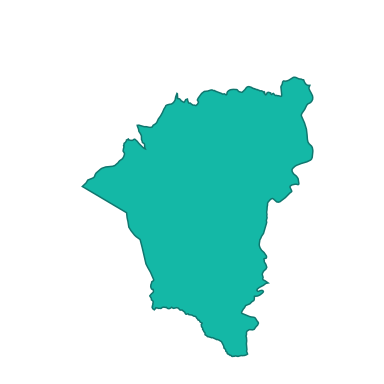 Ta Phraya, Sa Kaeo, Thailand (Albers equal-area conic projection), rotated 109°
{"feature_id": "78962969B35717105956499", "entity_name": "Ta Phraya", "entity_type": "district", "adm_level": 2, "iso_a3": "THA", "parent_name": "Thailand", "parent_adm1": "Sa Kaeo", "projection": "albers", "projection_center": [102.705, 14.016], "detail": "fine", "context": "isolated", "style": "filled", "palette": "teal", "viewbox_px": 384, "rotation_deg": 109, "n_neighbors": 0, "source": "geoboundaries", "source_scale": "gbopen_adm2", "svg_char_len": 5963}
<svg xmlns="http://www.w3.org/2000/svg" viewBox="0 0 384 384"><g transform="rotate(109 192 192)"><path d="M222.5,297.5L232.9,247.1L237.4,245.0L239.6,243.7L240.1,243.3L245.8,240.3L248.5,237.0L251.5,232.3L252.4,230.3L253.8,225.6L260.6,221.1L275.0,212.1L277.9,209.1L281.3,205.2L287.0,200.0L287.6,199.6L288.4,199.6L290.0,200.8L291.7,200.6L292.9,200.7L294.7,200.3L295.9,199.6L296.9,198.5L297.0,197.8L296.8,197.0L298.8,196.0L299.6,196.1L301.5,197.2L303.9,198.1L304.2,197.9L305.5,196.1L307.2,195.2L307.6,193.8L308.5,192.9L310.2,192.7L310.9,192.4L312.3,192.4L313.3,192.0L313.8,192.3L315.2,191.1L315.2,190.3L315.6,189.7L315.7,189.3L314.9,189.0L314.0,188.4L313.2,188.5L312.9,187.1L313.0,186.0L312.3,184.1L312.3,183.6L311.7,183.0L310.9,182.7L310.1,181.4L309.7,179.2L309.4,178.7L310.0,177.4L310.0,176.4L309.5,175.2L308.2,174.1L307.7,173.9L307.7,173.2L308.0,172.3L308.0,171.5L306.3,168.8L306.3,167.0L307.4,165.2L307.3,164.1L306.9,163.2L306.9,162.6L307.4,161.6L308.0,159.7L309.0,158.9L309.5,158.0L309.5,157.7L308.4,156.1L309.0,155.1L308.5,152.7L308.4,151.9L308.8,150.0L308.5,148.0L309.8,146.4L310.3,145.4L311.1,144.5L311.0,143.3L312.3,141.9L312.7,139.8L313.2,139.7L314.5,140.1L315.5,139.4L316.2,139.2L317.1,137.8L317.9,137.3L318.5,137.2L318.7,136.7L320.3,135.1L320.7,134.1L321.3,133.7L322.5,133.3L322.8,133.0L323.0,131.6L323.7,130.3L323.5,129.4L323.4,127.0L323.5,126.2L323.0,125.1L323.5,120.4L323.2,120.1L323.2,118.6L323.9,115.4L327.1,112.1L328.6,111.1L329.0,111.1L329.0,110.8L330.2,108.9L331.6,108.1L332.1,106.7L333.2,106.1L333.5,105.6L333.4,105.1L333.7,104.1L333.6,103.7L334.1,102.8L333.8,102.3L333.9,101.6L334.4,100.9L334.3,100.1L333.9,99.5L333.6,98.6L332.8,97.5L332.5,95.0L330.6,92.3L330.4,91.2L329.4,89.0L328.1,87.4L327.1,86.7L324.8,88.6L323.1,88.8L317.7,91.2L315.0,91.8L311.9,93.1L310.6,94.1L309.3,94.0L306.9,94.8L306.2,94.8L305.7,94.7L303.9,93.4L303.4,92.8L302.6,89.8L301.6,88.5L298.8,87.7L296.4,86.6L294.3,86.5L293.5,87.2L292.8,88.4L290.6,91.1L290.4,91.7L290.3,92.6L290.9,95.6L291.0,97.2L290.5,105.3L290.2,105.7L289.1,106.0L285.8,105.3L284.4,104.7L281.9,104.3L278.9,100.9L276.2,99.6L274.5,98.2L273.2,98.2L270.3,99.0L269.1,96.3L268.1,95.1L266.9,94.0L264.5,92.5L263.5,92.1L262.9,92.1L262.2,92.9L262.2,93.9L263.0,95.3L264.4,96.9L264.5,97.4L263.9,98.6L263.6,98.7L262.4,98.6L260.5,97.4L257.0,94.1L254.4,92.4L253.2,90.4L252.1,94.2L251.9,96.0L251.5,96.6L251.0,96.9L249.5,97.0L247.2,98.7L245.8,98.9L243.5,98.5L240.8,97.0L238.8,96.8L236.3,98.7L234.6,100.8L234.1,101.1L233.3,101.3L232.2,102.1L231.6,102.1L230.6,100.5L230.3,100.3L229.2,100.3L228.2,100.9L225.8,104.1L224.4,107.3L222.7,109.4L221.1,110.7L219.6,111.4L215.0,112.3L213.9,112.0L211.2,111.8L207.9,110.9L197.4,111.4L196.4,111.5L194.6,112.5L192.0,112.6L190.2,113.6L189.1,113.7L186.7,114.9L184.4,115.3L181.6,116.1L179.9,116.3L178.0,116.9L176.9,116.8L173.9,115.6L172.6,114.7L172.0,114.0L172.1,112.7L173.8,108.7L173.5,107.0L172.6,105.7L166.9,101.9L161.4,99.3L159.4,98.0L158.9,97.9L158.4,98.2L155.7,100.8L154.7,101.1L154.3,101.0L152.7,99.7L151.1,97.1L150.7,96.0L150.6,94.5L150.3,93.8L149.8,93.6L149.2,93.7L145.0,95.9L144.1,96.9L143.0,98.5L141.8,101.8L140.1,103.9L138.4,104.7L137.0,104.5L134.3,103.1L132.8,101.9L129.5,98.0L126.1,93.2L123.2,90.3L121.9,89.7L120.1,89.6L114.5,90.9L113.1,91.4L110.8,92.7L109.7,93.9L108.3,97.0L106.9,98.7L104.7,100.0L100.3,101.9L95.3,104.3L90.1,108.1L84.5,113.3L83.6,113.7L82.0,113.7L77.0,112.3L72.7,111.8L71.1,111.2L68.9,109.1L67.8,108.6L66.9,108.3L65.1,108.1L63.3,108.6L61.8,109.4L59.5,111.7L57.6,113.8L56.1,115.1L55.1,115.4L52.8,115.3L53.5,117.3L53.1,119.2L51.7,121.2L49.6,123.0L49.9,124.1L49.7,125.2L50.2,127.8L49.9,130.9L50.0,132.1L50.6,133.5L54.7,136.8L55.9,138.2L56.8,139.7L57.2,141.6L57.7,141.9L58.6,142.1L60.8,141.8L63.1,142.2L63.8,142.1L70.9,138.8L72.2,138.6L72.7,139.1L72.8,141.6L73.2,142.6L73.0,143.3L73.5,144.2L73.6,144.8L72.3,147.1L72.9,147.9L73.9,148.5L73.4,149.7L72.7,150.0L72.9,151.2L72.7,151.8L73.5,153.2L75.3,153.4L76.0,153.8L76.2,154.2L75.3,155.1L75.3,155.6L75.0,155.7L74.7,156.2L74.5,155.7L74.1,155.9L74.2,156.3L73.8,156.5L74.1,156.9L73.8,157.9L73.7,159.1L74.2,160.8L74.2,161.3L73.9,162.0L74.1,162.9L73.9,163.7L74.2,164.5L74.0,165.2L74.2,165.8L73.9,166.4L74.2,167.0L74.0,167.8L74.2,168.7L73.8,169.2L73.7,170.3L73.8,172.5L74.3,173.5L75.1,174.3L76.2,174.8L78.0,175.3L81.1,176.9L81.5,177.2L81.7,178.1L81.8,180.2L81.6,180.9L80.7,182.4L80.6,183.1L81.5,186.3L82.5,188.4L83.2,189.4L84.4,190.4L85.5,191.0L86.5,191.2L88.3,190.9L88.8,191.1L89.0,191.5L89.0,191.9L88.6,193.2L89.5,195.0L89.2,196.2L89.1,201.0L89.0,201.8L89.2,202.4L88.7,203.6L89.1,204.4L89.0,206.4L89.6,207.6L91.5,210.1L92.9,213.1L95.7,215.0L101.2,216.7L103.3,216.9L104.6,215.4L105.3,215.1L107.2,215.4L109.0,216.4L109.1,216.9L109.0,217.6L109.5,219.3L109.3,220.4L108.5,222.8L108.8,223.0L108.9,224.2L107.0,225.8L105.6,226.6L106.7,228.0L109.0,228.4L109.9,228.8L109.2,232.3L108.8,232.5L108.0,234.0L108.3,236.2L107.1,236.4L107.1,236.8L106.1,236.9L103.9,237.8L103.7,238.3L107.5,238.4L110.6,237.9L113.0,238.5L114.5,239.3L115.6,240.2L116.5,242.0L117.8,243.9L118.8,244.8L120.6,245.0L122.5,245.5L126.4,245.8L130.4,246.5L133.9,247.6L138.1,248.0L140.4,249.4L141.4,250.4L143.4,250.8L144.2,251.8L144.8,253.6L145.1,256.4L145.8,258.4L146.1,264.0L146.8,265.5L147.6,265.0L149.7,263.2L152.0,261.9L153.7,259.7L155.4,258.1L158.9,256.8L159.9,255.8L161.2,255.1L161.5,254.6L161.6,253.5L162.1,252.6L164.0,251.7L165.4,251.3L165.8,250.7L166.4,250.2L166.3,251.8L165.5,253.7L163.4,258.0L161.8,260.5L160.7,263.3L161.1,264.0L162.6,265.1L163.2,267.1L163.2,268.3L163.4,268.6L162.6,269.4L163.9,270.6L164.3,270.9L164.8,270.6L165.9,270.9L167.2,271.3L167.8,271.9L168.5,272.0L169.2,271.7L170.1,271.8L170.1,271.6L170.9,271.5L171.4,271.0L173.5,270.9L175.7,270.5L177.3,268.5L178.6,268.1L181.0,268.1L183.2,268.6L186.0,270.6L187.1,271.1L188.3,271.4L192.1,273.6L193.5,275.4L196.4,281.7L198.8,284.8L200.0,285.8L205.2,288.8L206.9,289.2L209.2,289.2L210.4,289.7L211.7,291.0L214.6,294.4L217.9,295.1L222.5,297.5Z" fill="#14b8a6" stroke="#0f766e" stroke-width="1.5"/></g></svg>